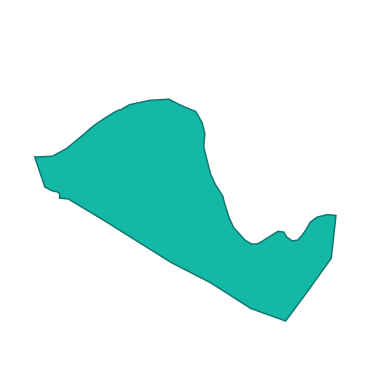 Derniere Riviere/Fond Petit, Dennery, Saint Lucia, rotated 30°
{"feature_id": "8701671B2567370595513", "entity_name": "Derniere Riviere/Fond Petit", "entity_type": "district", "adm_level": 2, "iso_a3": "LCA", "parent_name": "Saint Lucia", "parent_adm1": "Dennery", "projection": "orthographic", "projection_center": [-60.931, 13.967], "detail": "fine", "context": "isolated", "style": "filled", "palette": "teal", "viewbox_px": 384, "rotation_deg": 30, "n_neighbors": 0, "source": "geoboundaries", "source_scale": "gbopen_adm2", "svg_char_len": 1309}
<svg xmlns="http://www.w3.org/2000/svg" viewBox="0 0 384 384"><g transform="rotate(30 192 192)"><path d="M337.6,256.9L341.6,222.2L345.7,179.7L328.4,140.3L321.2,143.6L320.6,143.8L313.2,150.9L312.8,151.4L310.2,157.5L309.6,158.9L309.6,167.5L309.0,174.0L308.9,174.9L307.6,180.7L306.1,182.0L303.4,184.3L296.5,183.7L292.7,181.5L291.6,180.8L288.4,182.1L286.2,183.0L278.9,196.6L278.2,198.1L277.2,200.1L275.8,202.3L274.5,204.3L269.6,207.2L262.0,207.2L252.1,204.0L246.1,202.2L241.2,198.7L238.1,196.6L234.4,193.3L229.9,189.2L226.9,186.4L225.0,184.6L222.7,182.3L220.7,180.2L215.4,177.4L208.4,173.8L200.3,168.1L199.7,167.7L188.4,156.3L179.8,147.3L173.9,135.0L166.1,126.9L155.1,120.5L154.8,120.4L144.3,121.9L137.0,122.6L125.5,123.2L118.7,127.7L118.3,128.0L110.0,133.4L104.1,138.7L100.0,142.4L96.6,145.5L94.3,147.5L89.3,156.2L88.9,156.8L88.5,156.9L88.2,157.0L85.0,161.4L84.3,162.8L79.4,172.0L73.5,184.2L68.8,197.9L67.2,202.2L64.0,210.7L62.7,214.1L61.3,217.6L56.6,225.3L53.2,230.8L42.6,237.6L38.3,240.3L50.9,251.4L62.3,261.4L63.7,261.1L67.2,261.1L69.2,261.1L71.7,260.4L72.2,260.3L73.1,260.0L75.0,259.3L75.6,259.3L77.2,259.5L77.5,259.6L78.3,259.8L79.3,260.9L79.6,261.7L80.1,262.9L80.3,263.6L88.2,259.9L129.1,260.6L209.6,263.5L253.3,261.3L301.3,263.5L337.6,256.9Z" fill="#14b8a6" stroke="#0f766e" stroke-width="1.5"/></g></svg>